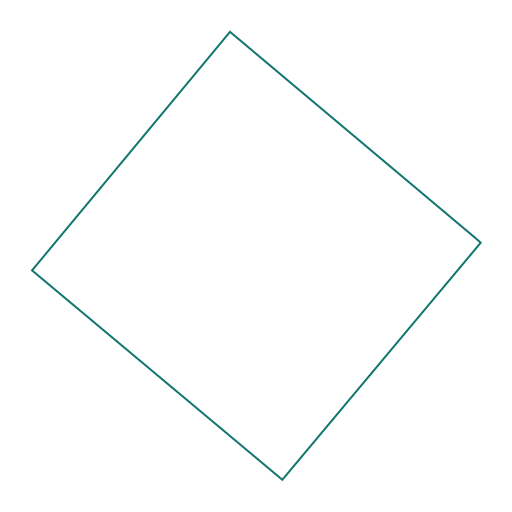 the district of Garfield, Nebraska, United States of America, rotated 220°
{"feature_id": "52423323B80669702890188", "entity_name": "Garfield", "entity_type": "district", "adm_level": 2, "iso_a3": "USA", "parent_name": "United States of America", "parent_adm1": "Nebraska", "projection": "natural_earth1", "projection_center": [-98.989, 41.914], "detail": "fine", "context": "isolated", "style": "outline", "palette": "teal", "viewbox_px": 512, "rotation_deg": 220, "n_neighbors": 0, "source": "geoboundaries", "source_scale": "gbopen_adm2", "svg_char_len": 235}
<svg xmlns="http://www.w3.org/2000/svg" viewBox="0 0 512 512"><g transform="rotate(220 256 256)"><path d="M420.0,411.0L418.3,101.0L92.0,101.5L92.4,410.6L99.3,410.8L420.0,411.0Z" fill="none" stroke="#0f766e" stroke-width="2"/></g></svg>